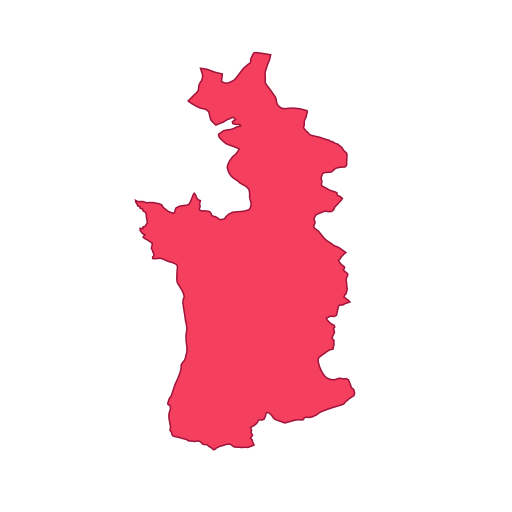 Khwisero, Western, Kenya (Equal Earth projection), rotated 105°
{"feature_id": "3690345B3814928417926", "entity_name": "Khwisero", "entity_type": "district", "adm_level": 2, "iso_a3": "KEN", "parent_name": "Kenya", "parent_adm1": "Western", "projection": "equal_earth", "projection_center": [34.567, 0.147], "detail": "fine", "context": "isolated", "style": "filled", "palette": "rose", "viewbox_px": 512, "rotation_deg": 105, "n_neighbors": 0, "source": "geoboundaries", "source_scale": "gbopen_adm2", "svg_char_len": 6130}
<svg xmlns="http://www.w3.org/2000/svg" viewBox="0 0 512 512"><g transform="rotate(105 256 256)"><path d="M102.4,244.4L102.4,250.6L102.5,252.7L103.7,259.1L104.9,262.9L106.2,266.1L106.6,269.7L105.6,272.4L104.1,274.6L102.0,276.0L98.7,277.5L97.2,278.7L91.7,285.3L87.8,290.3L85.8,292.2L83.8,292.5L79.9,293.6L76.7,294.7L74.4,294.7L72.1,294.5L70.4,294.6L62.4,293.7L57.8,293.9L58.7,302.9L59.5,308.6L60.2,310.4L62.1,311.2L66.7,312.0L68.3,311.9L69.6,311.3L71.2,311.7L73.1,313.4L78.2,316.8L79.5,317.4L86.3,320.1L91.4,322.4L92.8,323.7L95.1,326.4L96.3,328.0L97.0,331.3L96.4,334.4L95.1,334.8L93.4,334.9L88.9,335.6L89.1,341.9L89.0,344.7L88.3,351.3L89.0,358.2L95.0,354.4L96.8,354.0L98.2,353.8L101.0,354.1L103.2,354.9L105.8,355.3L110.5,354.6L112.2,355.0L113.8,355.8L116.5,357.5L123.8,361.7L125.4,357.6L127.0,351.7L127.5,348.6L127.5,345.4L127.3,342.8L128.8,339.0L133.0,336.8L136.2,334.9L137.7,332.8L138.6,331.1L140.0,328.6L137.8,325.9L135.4,322.5L132.5,319.8L131.1,318.3L130.2,316.8L128.1,314.8L128.5,312.7L129.5,311.1L132.4,313.6L134.2,312.6L134.0,309.2L133.1,305.8L134.5,304.5L135.5,306.5L136.7,308.5L138.6,310.4L140.3,313.1L142.0,317.2L143.3,319.7L144.6,320.8L145.8,321.7L148.0,323.7L149.8,323.0L151.6,321.3L154.2,316.4L155.2,314.1L155.6,311.4L156.5,302.0L157.0,299.7L162.8,301.9L166.1,304.2L169.4,305.6L172.0,306.4L174.2,306.7L176.1,306.9L178.2,306.6L181.7,304.4L183.8,302.5L185.5,300.2L186.6,298.1L188.2,293.1L189.4,291.0L190.3,288.0L191.4,283.5L192.5,281.6L193.9,279.8L197.0,278.4L201.3,277.3L205.9,274.5L208.2,274.0L210.7,273.9L213.1,274.7L215.4,278.4L216.4,280.7L219.7,289.8L222.8,293.3L226.1,295.3L228.3,296.0L229.6,298.6L230.2,300.9L229.3,302.5L228.6,305.1L228.6,307.3L228.3,309.3L226.5,310.4L225.1,312.4L225.3,315.2L225.9,318.0L226.6,320.5L225.8,322.9L224.3,323.0L222.7,322.7L221.3,323.5L219.7,324.0L216.9,324.0L216.6,326.5L215.3,328.2L212.7,330.1L211.4,332.0L213.1,332.5L220.7,333.4L222.7,333.9L224.7,335.4L225.6,338.2L227.7,342.8L230.3,345.7L232.6,346.0L234.5,345.9L235.9,346.3L236.0,349.4L235.6,352.4L233.1,358.2L231.0,360.2L230.6,363.1L231.0,369.1L231.6,371.6L232.9,375.7L232.6,379.0L233.2,381.5L234.0,383.9L233.4,386.8L235.4,385.8L236.7,384.3L238.4,382.9L238.4,381.0L239.9,380.2L239.9,377.9L241.6,376.8L242.5,373.9L244.4,372.7L246.4,372.1L252.1,369.5L253.8,370.2L256.1,370.8L257.1,372.6L258.8,372.3L259.2,375.1L261.1,374.6L262.8,372.8L264.0,370.7L264.2,368.7L267.0,370.0L268.0,367.9L268.5,365.4L269.9,361.1L270.7,359.5L272.6,359.1L274.7,359.2L276.2,358.8L277.2,357.4L278.6,356.9L280.4,355.2L282.3,354.8L283.6,355.6L285.2,355.2L285.0,353.5L283.1,348.6L282.9,345.8L283.8,340.6L284.0,338.5L283.9,336.2L284.2,333.3L284.7,330.9L286.2,329.2L292.2,328.1L297.8,326.8L299.7,326.2L301.3,325.6L303.0,324.3L308.4,318.5L311.5,316.1L312.9,315.3L314.4,314.7L316.4,315.1L318.9,314.8L320.3,314.4L323.8,313.0L331.1,309.7L336.2,307.6L341.1,305.1L343.8,304.0L346.0,303.6L349.5,303.3L351.5,302.9L356.3,301.5L361.8,299.2L367.0,297.8L368.8,298.0L372.6,297.8L375.0,298.0L378.6,299.6L380.8,300.1L382.7,299.5L384.8,299.2L388.9,299.2L395.6,300.0L400.5,300.9L412.0,301.6L413.7,301.8L415.2,302.6L417.2,303.0L420.7,303.1L422.1,302.7L422.9,300.3L425.0,299.2L431.1,299.2L433.3,298.7L435.4,298.0L442.2,294.8L444.2,294.1L446.6,294.0L448.0,292.2L449.6,291.3L451.2,290.1L451.4,287.9L451.2,283.4L451.3,275.4L452.0,273.4L451.8,271.6L451.3,269.8L451.2,267.7L450.2,265.4L449.5,263.3L450.1,261.0L451.5,259.0L451.5,256.9L450.9,254.6L452.1,252.3L452.6,250.2L453.3,248.4L454.2,247.0L453.1,245.3L451.7,244.6L450.5,243.1L449.3,242.0L448.4,240.1L445.7,235.9L444.8,233.8L444.5,231.6L445.6,229.4L446.1,227.3L445.1,222.8L444.7,220.1L444.0,218.4L442.9,214.1L440.1,210.1L439.0,208.9L437.7,210.2L436.1,211.3L434.6,212.0L433.5,214.2L430.1,212.9L427.6,215.3L425.6,215.1L423.4,216.7L421.7,215.6L420.0,213.7L417.7,212.2L415.9,211.4L414.4,211.5L413.3,210.0L413.0,208.0L411.7,206.0L407.8,205.4L406.0,205.6L404.2,204.9L404.2,202.8L405.1,200.9L406.1,199.4L407.6,197.7L408.7,195.8L409.1,193.6L409.4,189.2L409.7,187.4L409.8,184.8L404.9,176.6L404.0,174.7L403.1,172.3L402.7,170.0L401.8,167.8L399.9,167.6L398.9,166.3L398.0,162.3L396.9,160.0L395.3,158.3L394.3,156.9L391.0,154.2L389.6,152.8L386.1,148.0L382.7,142.9L377.5,134.6L376.1,132.8L373.4,131.7L371.8,130.3L370.0,129.3L365.5,125.3L363.2,125.2L361.4,126.0L359.7,127.1L358.2,130.1L356.3,131.1L351.6,134.7L351.1,137.1L352.0,139.5L352.4,143.9L354.7,147.3L355.6,149.3L355.9,152.4L355.6,155.4L354.9,157.5L352.5,160.7L349.7,163.4L346.3,166.1L342.6,168.2L340.5,169.1L338.8,169.3L337.4,168.7L334.4,166.4L329.3,162.2L327.2,160.0L326.2,157.6L321.8,157.7L319.5,158.4L317.5,158.7L315.7,161.3L312.9,161.1L309.7,160.4L307.8,161.2L305.7,162.4L304.2,161.5L302.7,162.6L302.1,165.6L301.3,167.4L300.0,169.6L299.1,170.9L297.5,171.9L296.3,170.1L295.1,169.0L294.0,164.5L292.3,162.9L283.2,163.3L281.7,162.5L281.3,160.6L280.5,159.1L279.2,157.9L276.1,153.4L275.0,155.2L272.8,160.5L270.7,160.2L269.0,159.2L266.9,159.3L265.2,159.2L263.7,159.5L261.0,160.8L259.3,161.2L256.0,162.7L254.1,162.9L251.2,162.5L249.8,162.6L248.9,163.9L247.0,168.1L245.7,167.6L243.9,167.5L241.3,172.7L238.9,175.2L237.0,174.0L235.2,173.6L232.9,172.4L231.0,171.3L229.4,170.1L226.8,176.9L226.2,179.1L225.8,183.1L225.1,185.0L224.4,186.7L222.6,192.1L221.2,194.7L215.6,202.4L214.9,204.7L213.5,207.3L211.8,208.1L209.9,207.7L208.1,207.6L206.6,208.8L205.0,209.6L201.9,209.1L200.3,208.4L195.2,201.6L194.5,199.4L194.4,197.2L193.5,194.6L191.6,193.1L187.6,192.3L186.2,191.3L181.9,189.1L180.1,188.1L178.0,187.4L176.8,189.9L176.5,192.5L175.5,193.7L174.0,194.2L173.6,196.6L173.4,201.6L172.1,206.4L171.2,210.7L169.5,211.4L168.0,211.5L166.3,211.8L164.6,213.2L162.5,213.3L159.2,213.0L157.7,211.4L155.7,205.6L154.2,204.0L152.3,202.9L150.6,201.6L149.4,199.5L148.5,197.6L146.9,193.0L145.4,192.1L143.8,192.1L142.4,192.6L134.6,194.3L133.0,195.3L131.4,198.6L130.1,199.9L128.6,201.7L127.8,203.9L126.8,205.6L126.8,207.4L126.5,209.6L125.7,211.7L126.0,213.5L125.2,215.4L125.3,218.0L125.2,220.1L124.8,225.1L125.1,232.0L125.0,235.3L123.1,238.1L122.0,240.4L119.8,243.3L117.1,243.3L113.3,244.2L111.6,244.2L110.0,243.7L108.2,243.6L106.6,243.8L103.8,243.6L102.4,244.4Z" fill="#f43f5e" stroke="#9f1239" stroke-width="1.5"/></g></svg>